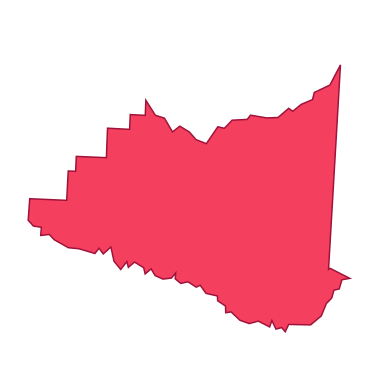 outline of Liberty, Florida, United States of America, rotated 273°
{"feature_id": "52423323B55850003369586", "entity_name": "Liberty", "entity_type": "district", "adm_level": 2, "iso_a3": "USA", "parent_name": "United States of America", "parent_adm1": "Florida", "projection": "orthographic", "projection_center": [-84.918, 30.289], "detail": "fine", "context": "isolated", "style": "filled", "palette": "rose", "viewbox_px": 384, "rotation_deg": 273, "n_neighbors": 0, "source": "geoboundaries", "source_scale": "gbopen_adm2", "svg_char_len": 1180}
<svg xmlns="http://www.w3.org/2000/svg" viewBox="0 0 384 384"><g transform="rotate(273 192 192)"><path d="M281.2,141.1L266.1,141.3L266.1,126.3L251.3,126.4L251.3,104.3L221.8,104.7L221.5,74.6L206.6,74.7L206.5,67.3L177.1,67.3L176.8,30.3L155.2,29.9L149.7,35.4L148.9,43.4L140.7,43.2L142.1,51.7L137.0,57.1L129.9,71.5L129.4,82.0L125.5,98.3L131.0,102.1L125.5,106.6L132.8,113.9L118.8,117.7L110.9,124.9L119.1,130.6L113.4,132.4L119.0,138.2L113.9,147.7L107.7,149.5L113.1,155.2L106.6,159.5L103.5,167.6L105.0,176.0L110.3,179.9L104.4,179.8L100.1,185.6L102.1,192.7L97.2,201.2L99.3,205.1L91.5,211.3L89.5,222.8L84.7,223.3L79.9,231.4L73.2,232.0L74.3,237.3L66.4,246.6L63.6,256.0L66.5,265.0L61.3,276.6L67.8,278.5L59.5,283.0L61.3,288.7L57.3,292.4L64.8,295.5L65.5,317.4L75.0,327.6L87.6,332.0L93.5,337.1L101.4,338.9L102.9,344.1L112.2,346.3L114.0,354.1L123.0,333.9L121.9,332.4L326.7,333.6L306.1,324.2L297.8,308.9L290.6,307.5L285.3,296.6L277.9,288.4L280.6,284.2L270.9,274.0L269.9,262.6L271.8,246.4L267.4,243.4L265.8,228.3L257.3,221.0L258.5,214.4L241.0,203.8L244.5,193.3L251.8,186.2L257.1,176.4L251.0,169.4L264.3,160.6L266.7,151.4L281.2,141.1Z" fill="#f43f5e" stroke="#9f1239" stroke-width="1.5"/></g></svg>